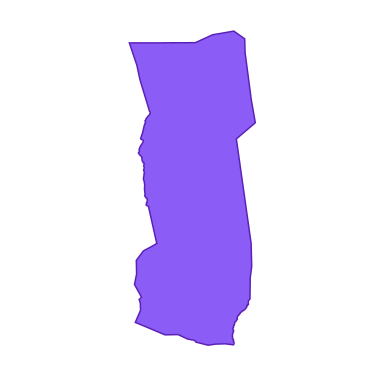 the district of Erdene, Govi-Altay, Mongolia, rotated 170°
{"feature_id": "93677404B39886975300314", "entity_name": "Erdene", "entity_type": "district", "adm_level": 2, "iso_a3": "MNG", "parent_name": "Mongolia", "parent_adm1": "Govi-Altay", "projection": "natural_earth1", "projection_center": [97.682, 44.036], "detail": "fine", "context": "isolated", "style": "filled", "palette": "violet", "viewbox_px": 384, "rotation_deg": 170, "n_neighbors": 0, "source": "geoboundaries", "source_scale": "gbopen_adm2", "svg_char_len": 5390}
<svg xmlns="http://www.w3.org/2000/svg" viewBox="0 0 384 384"><g transform="rotate(170 192 192)"><path d="M270.5,73.4L262.9,68.6L243.4,56.0L230.5,54.0L221.9,48.0L217.6,46.3L216.5,46.2L216.2,46.0L216.0,45.8L215.6,45.4L215.3,45.2L214.8,44.7L214.5,44.5L214.3,43.9L214.2,43.5L213.8,43.3L202.7,38.3L195.3,38.1L191.7,37.6L185.6,36.7L177.8,34.3L177.7,34.3L177.2,34.8L177.2,35.2L177.0,35.6L176.8,35.9L176.7,36.6L176.8,37.1L177.0,37.6L177.3,38.1L177.2,38.4L177.0,38.6L177.0,38.8L176.8,38.9L176.8,39.1L176.9,39.5L177.1,39.9L177.2,40.3L177.2,40.7L177.4,41.6L177.5,41.9L177.4,42.1L177.2,42.5L177.1,42.8L177.1,43.2L177.1,43.7L177.1,43.9L176.6,45.1L176.4,45.5L176.3,45.9L176.0,46.4L175.8,46.6L175.5,46.9L175.4,47.2L175.4,47.6L175.3,47.9L175.1,48.2L175.0,48.5L175.1,48.9L175.3,49.1L175.5,49.3L175.7,50.0L175.3,50.7L175.0,50.9L174.7,51.3L174.8,51.9L174.5,52.4L174.2,52.8L173.7,53.2L173.5,53.6L173.4,54.0L173.4,54.3L173.2,54.6L173.1,54.8L172.9,54.9L172.9,55.0L172.7,55.5L172.5,56.1L172.2,56.5L171.9,56.6L171.3,56.8L171.1,57.0L170.9,57.3L170.7,57.7L170.6,58.0L170.2,58.1L169.9,58.3L169.7,58.6L169.4,59.0L169.3,59.3L169.4,59.7L169.4,60.0L169.3,60.3L169.3,60.8L169.0,61.1L168.8,61.4L168.5,61.8L168.5,62.0L168.3,62.2L167.8,62.2L167.5,62.4L167.4,62.6L167.3,62.9L167.1,63.0L166.8,63.1L166.7,63.2L166.6,63.4L166.5,63.6L166.2,63.7L165.9,63.8L165.7,64.0L165.5,64.3L165.5,64.6L165.4,64.8L165.2,65.0L164.9,65.1L164.7,65.1L164.2,65.2L163.8,65.4L163.5,65.6L163.3,66.0L163.0,66.1L162.8,66.1L162.6,66.1L162.3,66.1L162.1,66.2L161.9,66.3L161.7,66.5L161.2,66.7L160.8,67.0L160.5,67.1L160.3,67.3L160.1,67.4L159.8,67.5L159.4,67.8L159.3,68.0L159.2,68.2L159.1,68.3L159.0,68.5L158.8,68.6L158.4,68.9L158.1,69.1L158.0,69.4L157.8,69.8L157.7,70.2L157.8,70.6L157.6,70.8L157.3,70.9L157.0,70.8L156.8,71.1L156.7,71.3L156.3,71.3L155.9,71.6L155.9,71.9L155.9,72.2L155.8,73.3L155.7,73.7L155.7,74.0L155.4,74.7L155.2,75.1L154.2,75.9L153.9,76.3L153.5,76.5L149.5,97.5L146.1,108.4L142.7,131.2L139.1,236.6L117.6,249.2L117.6,274.6L117.4,276.6L115.5,320.2L113.5,333.7L122.9,343.2L134.6,343.2L144.4,343.3L162.7,338.5L171.8,340.0L183.2,342.0L195.7,344.1L213.3,347.2L227.8,349.7L224.3,326.5L223.8,312.7L223.6,310.4L219.8,278.6L219.6,278.3L219.5,278.0L219.4,277.8L219.3,277.5L219.3,277.1L219.4,276.9L219.9,276.3L220.1,276.1L220.3,275.6L220.5,275.4L220.9,275.1L221.3,274.9L221.7,274.7L221.9,274.5L222.2,274.2L222.4,274.0L222.7,273.7L223.0,273.5L223.4,273.2L224.0,272.7L224.3,272.4L224.4,272.2L224.6,272.0L224.6,271.8L224.7,271.6L224.9,271.2L225.2,271.0L225.6,270.6L225.8,270.4L225.9,270.1L225.9,269.9L225.8,269.5L225.7,269.2L225.7,268.9L225.8,268.4L225.9,268.1L226.2,268.0L226.3,267.9L226.5,267.7L226.5,267.4L226.5,267.2L226.9,266.7L227.2,266.3L227.5,265.8L227.8,265.1L228.0,264.5L228.4,263.6L228.6,263.3L229.1,262.0L229.2,261.8L229.2,261.6L229.5,261.0L229.9,260.2L230.1,259.8L230.2,259.5L230.2,259.4L230.5,258.5L230.7,258.2L230.9,257.9L231.0,257.7L231.4,257.3L231.6,257.0L231.8,256.4L232.1,255.8L232.4,255.4L232.4,255.0L232.5,254.7L232.8,254.4L233.1,254.1L233.3,253.8L233.3,253.7L233.2,253.3L233.0,252.8L232.9,252.6L232.5,252.4L231.8,252.0L231.5,251.8L231.3,251.6L231.1,251.3L231.0,251.2L231.0,250.9L231.0,250.7L231.3,250.1L231.5,249.8L232.3,248.8L232.9,248.1L233.7,247.3L234.1,246.9L234.5,246.5L234.7,246.2L235.2,245.5L235.5,245.0L235.7,244.6L236.0,244.3L236.4,243.8L236.5,243.4L236.8,242.8L236.8,242.5L236.7,242.0L236.7,241.8L236.7,241.6L236.8,241.2L237.0,240.9L237.3,240.6L237.6,240.3L237.9,240.0L238.0,239.8L238.0,239.7L237.8,239.1L237.6,238.6L237.3,238.2L237.0,237.8L236.9,237.6L236.8,237.3L236.7,236.9L236.5,236.7L236.2,236.5L236.0,236.3L235.8,236.0L235.7,235.9L235.6,235.6L235.5,235.3L235.5,234.8L235.5,234.4L235.5,234.0L235.5,233.6L235.5,233.1L235.6,232.6L235.6,232.1L235.6,231.9L235.7,231.5L235.7,231.4L235.6,231.2L235.3,230.8L235.2,230.6L235.2,230.3L235.1,229.7L235.0,229.3L234.8,229.2L234.5,229.1L234.3,229.0L234.1,228.7L234.2,228.4L234.5,227.4L235.0,225.9L235.1,225.7L234.8,224.8L234.8,224.5L234.8,224.3L235.1,223.6L235.3,223.1L235.5,222.5L235.6,222.4L235.8,222.2L235.9,221.8L235.9,221.6L235.6,221.1L235.6,220.2L235.6,219.9L235.5,219.7L235.6,219.3L235.7,219.0L235.8,218.6L236.1,218.3L236.2,217.9L236.2,217.6L236.2,217.4L236.3,217.2L236.4,216.9L236.4,216.7L236.5,216.4L236.7,215.9L237.0,215.1L237.3,214.4L237.4,214.1L237.4,213.7L237.5,213.6L237.5,212.9L237.6,212.5L237.5,212.2L237.4,211.7L237.3,211.2L237.2,210.9L237.2,210.7L237.3,210.1L237.3,209.7L237.3,209.2L237.4,207.2L237.5,206.6L237.5,206.2L237.8,205.3L238.1,204.3L238.2,203.4L238.4,202.0L238.4,201.7L238.4,200.8L238.5,200.1L238.5,199.2L238.6,198.7L238.6,198.2L238.8,197.5L238.9,197.2L239.1,196.8L239.1,196.7L239.1,196.4L239.2,196.2L238.9,195.9L238.7,195.6L238.6,195.4L238.5,195.1L238.6,194.9L238.6,194.7L238.4,194.4L238.1,194.2L237.9,194.0L237.7,193.8L237.6,193.7L237.7,193.3L237.6,192.9L237.5,192.7L237.4,192.5L237.4,192.2L237.4,191.9L237.5,191.7L237.5,191.3L237.5,191.2L237.7,190.9L237.8,190.8L237.9,190.6L237.9,190.4L237.9,190.2L238.0,190.0L238.1,189.9L238.3,189.7L238.6,189.6L238.6,189.3L238.5,189.1L238.7,188.8L238.8,188.6L238.9,188.2L239.1,187.8L239.2,187.6L239.3,187.4L239.4,187.2L239.3,186.8L239.2,186.7L238.9,186.5L238.7,186.4L238.5,186.2L238.2,186.0L237.7,185.7L237.4,185.6L235.7,148.3L235.4,147.5L241.1,145.4L250.0,142.5L258.7,134.4L260.8,120.9L264.7,110.9L260.0,97.2L262.7,95.3L262.2,91.6L263.2,84.5L270.5,73.4Z" fill="#8b5cf6" stroke="#5b21b6" stroke-width="1.5"/></g></svg>